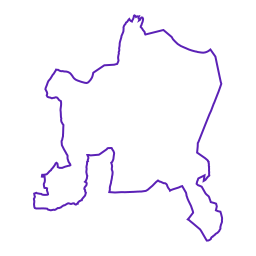 Baringo South, Rift Valley, Kenya
{"feature_id": "3690345B40678140924762", "entity_name": "Baringo South", "entity_type": "district", "adm_level": 2, "iso_a3": "KEN", "parent_name": "Kenya", "parent_adm1": "Rift Valley", "projection": "robinson", "projection_center": [36.066, 0.459], "detail": "fine", "context": "isolated", "style": "outline", "palette": "violet", "viewbox_px": 256, "rotation_deg": 0, "n_neighbors": 0, "source": "geoboundaries", "source_scale": "gbopen_adm2", "svg_char_len": 5751}
<svg xmlns="http://www.w3.org/2000/svg" viewBox="0 0 256 256"><path d="M34.8,208.0L36.2,208.5L43.2,208.4L45.3,208.5L47.2,208.7L48.0,209.6L50.8,210.3L53.6,209.7L54.7,209.9L55.7,209.5L56.8,208.7L57.9,208.0L58.9,208.1L60.9,207.4L61.5,206.8L63.6,205.4L64.6,205.3L67.6,203.5L68.6,203.3L71.0,204.0L73.2,203.3L73.5,203.3L74.1,203.4L74.6,204.1L75.9,204.6L76.6,204.0L77.8,203.7L77.8,202.7L79.6,201.0L80.2,200.9L81.0,200.3L81.8,200.2L82.2,198.9L85.1,195.5L85.9,192.7L85.2,191.7L85.1,190.1L84.3,188.9L84.6,187.5L85.4,186.4L86.3,185.4L86.6,184.3L86.7,183.4L86.4,182.5L85.6,182.2L85.0,181.8L85.6,181.2L86.2,180.1L86.9,178.3L87.0,177.0L87.3,175.9L86.9,175.0L86.8,174.5L86.3,172.0L86.6,169.3L86.6,168.1L86.4,167.3L86.6,165.9L87.0,164.2L87.1,161.8L88.0,161.2L87.7,160.2L88.4,158.1L88.2,156.7L87.6,155.6L87.4,155.0L88.9,155.0L90.7,155.4L98.9,154.7L100.0,154.0L106.7,149.3L107.5,148.3L108.3,148.1L111.3,148.0L111.9,148.3L112.1,149.1L113.5,151.2L113.7,151.8L114.0,152.6L114.1,153.1L114.1,153.5L113.7,156.3L113.4,159.0L112.9,160.4L112.2,161.9L111.2,162.8L111.8,164.5L112.1,166.2L111.8,168.5L111.8,169.5L112.2,170.6L112.5,171.5L112.6,172.5L112.5,174.1L112.3,175.4L112.0,176.6L111.9,178.0L111.4,180.5L111.2,181.0L111.0,182.9L110.0,186.5L109.8,188.0L109.9,189.3L109.7,190.5L109.3,192.1L115.0,192.5L118.4,192.3L121.7,192.1L124.8,192.2L134.8,191.8L137.8,191.6L141.5,191.5L145.8,190.9L147.7,189.8L150.6,187.3L152.4,185.8L156.1,182.0L158.0,180.5L159.6,181.6L160.5,181.7L163.7,183.2L165.0,183.2L166.2,183.9L166.4,184.1L167.0,185.0L167.4,186.3L168.1,187.7L168.7,188.6L169.5,189.5L170.0,190.7L170.9,190.1L173.0,189.3L178.7,187.5L180.6,186.6L182.2,186.1L186.0,192.7L186.3,194.0L186.5,195.1L186.5,195.7L186.9,196.6L187.5,198.5L188.5,200.8L191.0,205.9L192.9,211.4L193.1,212.7L189.2,217.8L187.8,219.4L189.1,220.1L190.3,221.2L192.9,223.3L200.1,229.4L201.3,231.2L206.1,239.5L206.8,240.6L208.3,240.5L209.5,240.0L210.3,239.4L210.9,238.9L211.0,238.4L211.3,237.6L211.6,237.3L211.9,237.0L212.7,236.7L213.1,236.1L213.5,235.7L214.4,235.3L215.6,233.9L217.5,232.8L219.1,231.1L219.3,230.8L219.6,230.0L220.2,229.2L220.3,228.8L220.5,228.1L220.4,227.7L220.3,227.2L220.6,226.2L221.0,224.5L221.4,223.6L222.0,221.8L221.9,220.0L222.1,219.0L222.0,217.6L221.1,214.0L220.4,211.7L218.0,211.2L215.9,210.3L216.8,206.4L216.1,203.7L214.5,203.1L210.8,202.1L210.2,200.3L209.6,198.7L209.2,197.4L208.8,196.6L208.6,196.3L206.4,194.4L205.5,193.4L201.7,186.7L199.0,185.5L198.4,185.4L197.8,185.0L196.6,183.8L197.2,181.3L197.7,180.3L198.0,179.2L198.2,178.8L198.4,178.4L204.5,175.4L203.7,180.9L205.1,180.1L205.4,179.9L206.4,178.6L207.9,176.7L208.8,176.0L209.3,175.5L209.1,174.3L209.1,173.9L209.1,173.0L209.2,172.3L209.1,171.4L209.0,170.3L209.1,169.2L209.0,167.3L209.1,166.6L208.9,166.3L208.9,165.9L208.8,165.5L208.9,163.9L208.6,163.0L208.7,161.9L208.4,161.7L208.1,161.5L208.1,161.0L207.3,160.0L206.9,159.7L205.0,158.1L197.1,152.6L197.7,146.5L197.8,143.1L198.1,142.6L198.5,141.8L205.3,124.6L209.4,114.4L211.1,110.7L213.2,105.1L213.8,103.5L214.1,103.0L217.5,94.3L218.5,91.8L220.0,87.6L221.3,83.8L220.7,81.7L219.6,76.6L216.6,62.4L215.4,56.6L210.4,49.5L209.4,50.3L208.5,51.0L206.7,51.9L205.2,52.4L203.2,52.7L201.0,52.5L197.7,52.0L196.0,51.5L195.6,51.5L193.6,51.0L191.5,50.4L189.1,49.6L181.0,46.1L177.7,44.0L175.2,41.6L173.0,39.3L171.7,37.0L163.4,30.0L145.4,34.5L144.9,33.7L144.7,32.2L144.0,31.2L143.1,30.2L142.2,28.7L141.6,27.9L140.7,27.0L140.8,26.1L141.4,25.2L141.9,23.5L142.6,21.8L142.9,20.4L143.1,19.0L142.5,17.6L141.4,17.5L140.6,18.5L140.1,19.7L139.2,20.3L139.7,19.0L138.6,18.5L138.5,17.5L138.9,16.4L138.2,16.6L137.3,16.3L136.8,16.5L136.0,17.0L135.2,15.8L134.4,15.4L133.9,15.9L133.7,17.2L133.3,18.6L132.2,20.6L131.9,21.5L130.9,21.0L129.9,20.1L129.3,19.0L128.6,19.7L127.2,21.8L126.0,22.6L125.5,23.9L124.8,24.6L124.0,25.9L123.5,27.4L123.6,28.6L123.4,31.3L123.0,32.5L121.4,36.2L121.4,37.0L120.0,41.8L119.7,43.2L119.6,45.8L119.1,48.5L119.3,49.6L119.2,50.9L118.8,51.8L118.7,52.6L118.9,53.6L118.5,54.8L118.1,57.2L118.2,58.8L118.5,60.4L118.2,61.6L117.7,62.7L117.2,63.9L114.1,64.7L104.3,65.3L93.3,72.7L92.9,74.5L92.5,76.1L91.9,77.7L90.5,79.9L88.9,81.7L87.8,82.6L86.6,83.0L84.9,82.8L81.5,81.9L77.5,80.5L75.6,79.6L74.0,78.3L73.0,77.0L72.2,75.7L70.7,73.8L69.7,72.9L68.6,72.3L68.0,72.0L66.0,71.5L64.7,71.5L63.8,71.4L62.7,71.1L61.3,71.2L60.3,71.0L59.2,70.5L58.1,69.8L56.9,69.8L56.1,69.6L55.7,70.5L53.6,73.9L52.8,74.7L51.3,77.2L50.3,78.8L49.2,80.1L48.5,80.9L47.8,82.3L46.8,85.2L45.7,87.9L45.4,89.2L46.9,92.1L47.2,93.3L47.2,93.8L46.7,95.4L47.5,96.8L48.7,97.3L50.3,97.6L51.9,98.3L53.1,97.9L54.4,97.8L55.4,97.3L55.8,97.3L56.9,97.5L58.0,98.5L58.7,99.6L59.3,100.2L59.9,100.6L60.8,101.0L61.0,101.8L61.1,102.8L61.1,104.5L61.0,105.8L60.6,108.8L60.5,110.2L60.7,111.7L60.8,113.3L60.9,116.0L61.0,117.4L61.3,118.3L61.1,119.9L61.4,121.7L62.0,122.7L62.6,123.9L63.4,124.9L63.4,125.7L63.3,127.2L63.1,133.7L63.0,134.7L63.0,136.2L62.9,136.6L62.4,138.6L62.2,139.8L61.6,141.0L61.6,142.0L61.9,145.2L62.6,146.6L64.0,149.4L65.9,152.7L66.5,153.9L67.2,154.9L67.6,155.9L67.5,157.2L67.6,158.8L68.1,160.2L68.4,161.4L68.9,162.3L70.0,163.9L70.2,164.3L70.4,165.1L69.7,165.6L68.4,165.8L65.1,166.7L62.1,167.9L59.7,167.9L57.8,167.1L57.7,165.7L57.6,164.7L57.4,163.6L56.5,162.8L55.6,163.4L55.1,164.6L53.8,166.5L52.3,168.4L51.4,169.3L51.0,170.2L49.6,171.2L48.0,173.0L46.8,174.2L45.7,174.5L43.6,174.8L42.2,174.8L42.0,175.7L41.9,176.6L43.2,176.7L44.6,176.7L44.9,180.0L44.7,182.0L43.9,183.7L43.8,184.6L44.1,186.7L44.5,187.9L45.2,188.0L46.1,188.0L47.1,188.4L46.9,190.3L47.5,192.1L47.9,193.3L48.0,194.4L47.1,194.8L44.1,194.9L42.6,194.7L42.2,194.6L41.3,193.9L40.0,193.8L37.3,193.3L36.9,193.2L36.3,192.8L34.2,193.6L34.5,195.5L34.9,196.7L34.5,197.8L33.9,198.8L34.0,199.8L34.3,200.9L34.2,202.8L34.0,204.1L34.3,206.8L34.8,208.0Z" fill="none" stroke="#5b21b6" stroke-width="2"/></svg>